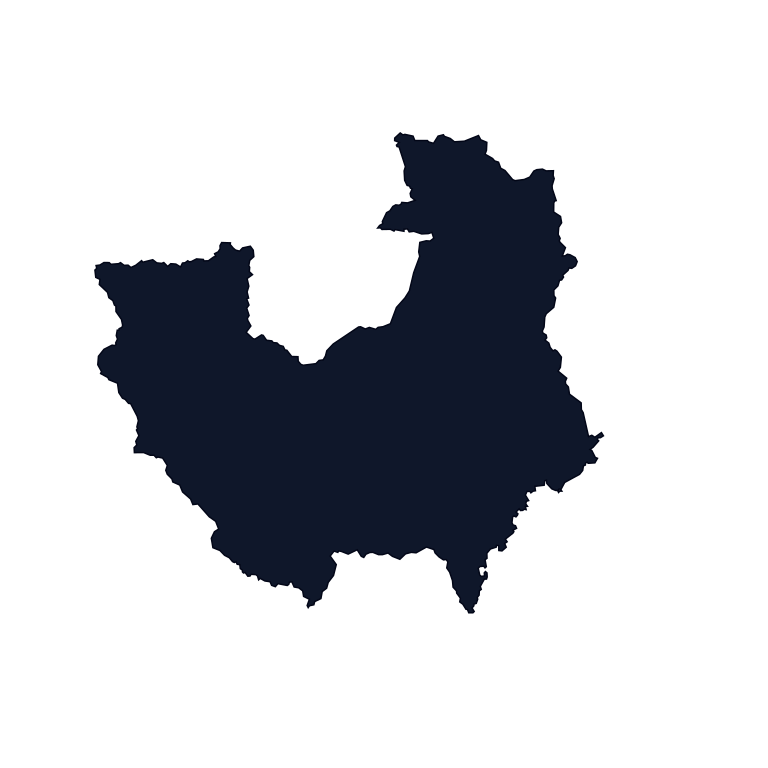 São Gabriel, Rio Grande do Sul, Brazil (Robinson projection), rotated 241°
{"feature_id": "56859067B27515042483848", "entity_name": "São Gabriel", "entity_type": "district", "adm_level": 2, "iso_a3": "BRA", "parent_name": "Brazil", "parent_adm1": "Rio Grande do Sul", "projection": "robinson", "projection_center": [-54.366, -30.336], "detail": "fine", "context": "isolated", "style": "filled", "palette": "ink", "viewbox_px": 768, "rotation_deg": 241, "n_neighbors": 0, "source": "geoboundaries", "source_scale": "gbopen_adm2", "svg_char_len": 6173}
<svg xmlns="http://www.w3.org/2000/svg" viewBox="0 0 768 768"><g transform="rotate(241 384 384)"><path d="M225.2,209.3L226.2,211.3L224.9,215.6L227.3,217.9L226.9,224.8L232.4,229.3L233.2,234.8L237.5,239.0L241.0,247.0L249.2,254.7L259.6,253.5L262.1,259.3L259.1,262.0L260.0,263.4L258.3,265.5L252.6,270.2L252.0,280.2L244.3,280.6L242.1,282.2L243.9,285.7L243.5,289.9L242.2,292.6L237.4,296.5L235.5,299.9L234.2,305.6L229.2,307.8L223.0,312.9L225.0,320.5L223.5,326.3L220.8,330.2L220.8,342.1L215.0,347.4L211.5,346.8L206.1,348.3L201.4,350.7L200.3,353.3L197.5,353.6L192.7,349.7L187.6,350.2L178.9,348.6L172.8,345.9L167.9,347.1L165.8,346.2L159.7,347.0L156.7,344.6L153.2,346.2L147.2,346.5L146.3,347.7L142.8,347.2L140.8,350.9L141.3,352.6L145.4,352.4L146.4,355.0L147.9,356.0L147.4,358.3L150.3,361.6L152.2,362.2L153.2,364.8L156.9,367.1L157.2,369.5L160.3,370.1L164.7,377.1L163.7,379.1L165.2,380.7L168.9,382.5L170.8,381.8L170.2,380.1L167.4,378.9L168.5,375.9L170.4,375.1L177.2,377.1L177.9,379.3L176.3,382.9L174.2,383.2L174.6,384.9L181.3,387.2L181.6,389.6L186.1,391.9L188.1,397.1L186.9,403.0L188.4,404.1L187.0,406.0L182.7,403.7L180.8,406.3L182.0,411.8L186.0,412.2L186.3,415.2L189.5,414.9L191.1,424.6L191.9,426.0L193.6,425.8L193.5,430.0L196.3,430.3L198.2,428.5L200.7,428.7L205.3,432.0L205.7,433.5L203.8,435.0L204.5,437.0L205.5,438.2L208.0,437.4L209.3,441.7L207.2,442.0L206.2,444.1L206.5,445.9L205.2,447.4L208.4,448.3L207.5,450.2L210.4,449.9L212.4,451.6L211.9,454.0L218.3,453.8L220.8,457.1L219.1,459.7L217.6,459.7L218.0,462.4L217.2,464.7L221.4,466.3L217.8,475.0L221.5,477.8L221.1,479.5L218.0,478.2L211.0,479.9L207.8,482.4L206.6,484.2L207.3,486.2L205.9,487.5L210.3,494.3L210.2,511.3L212.1,515.9L215.7,518.7L215.5,520.8L217.0,521.8L217.3,523.8L215.7,524.1L212.8,530.2L215.5,534.7L217.3,533.2L225.0,533.5L226.9,532.4L227.3,536.2L230.2,544.2L231.8,543.6L233.3,545.2L232.1,547.2L232.3,550.8L236.1,550.6L235.2,542.6L238.4,540.9L238.8,537.4L262.4,544.3L265.9,544.2L271.9,547.3L285.2,541.3L292.0,543.8L295.9,542.9L298.3,543.8L300.5,546.6L310.9,542.5L313.0,546.3L321.5,552.2L328.9,551.2L331.0,550.1L331.1,547.8L335.5,547.1L339.9,548.0L344.4,546.1L345.5,548.7L348.2,549.6L351.5,547.7L353.6,548.2L356.2,551.6L364.6,557.1L366.8,560.0L368.8,569.7L376.0,575.8L378.9,575.5L383.9,578.1L385.5,583.7L389.6,587.8L388.9,589.8L390.5,592.9L392.5,593.0L394.1,600.0L395.8,602.1L394.1,604.3L394.5,608.8L397.4,612.3L401.9,612.5L406.9,609.3L408.6,607.3L408.3,604.6L409.5,602.0L415.3,608.8L422.6,606.7L424.2,606.7L426.0,608.7L430.3,608.8L436.4,612.8L438.9,617.5L444.9,619.6L452.2,615.8L460.1,620.3L461.3,621.9L460.9,623.5L473.0,625.8L475.9,627.1L481.1,632.4L484.3,633.0L488.4,635.6L491.8,629.1L495.1,626.8L497.4,621.5L497.6,618.3L494.3,611.8L494.9,605.8L498.3,597.2L500.4,595.6L512.1,593.3L516.1,590.7L522.5,591.7L525.5,588.9L528.6,588.3L536.0,583.8L538.7,586.9L545.5,591.1L550.7,587.0L555.5,587.1L557.4,572.0L561.7,563.0L566.6,561.0L571.3,556.9L573.2,556.8L574.6,551.5L570.5,544.0L574.1,540.4L575.9,540.0L582.0,529.0L586.7,529.6L592.2,523.3L592.7,521.3L595.7,519.9L593.9,512.6L591.7,511.3L587.9,514.5L586.9,510.7L585.4,510.5L584.0,512.1L563.7,508.1L560.6,504.9L552.1,500.8L546.5,500.5L544.8,502.3L542.5,502.1L541.0,503.3L538.0,499.3L534.7,498.2L529.5,500.3L531.0,492.4L534.2,487.6L533.0,486.0L533.0,483.9L535.0,481.1L535.0,477.8L532.6,473.1L532.6,469.3L526.9,461.3L524.8,460.7L524.8,457.0L523.5,454.1L522.3,456.6L520.2,457.1L516.2,464.6L512.9,466.9L513.7,468.5L507.9,475.5L509.7,476.5L508.3,479.7L504.8,479.8L503.1,484.1L497.0,489.7L494.0,495.8L493.4,499.4L487.4,498.2L486.7,493.6L488.8,490.3L490.5,484.0L482.7,478.4L478.3,477.1L467.0,464.0L453.1,451.3L449.1,444.0L444.9,432.0L433.6,418.8L434.6,410.9L436.4,406.3L435.8,403.3L440.6,398.6L441.2,394.3L445.4,391.3L446.2,389.4L443.6,359.0L440.8,350.1L436.8,346.3L434.6,342.5L436.1,338.7L434.8,334.3L439.6,322.4L441.5,320.8L445.5,320.0L449.6,322.0L452.8,316.6L460.6,315.4L461.8,313.9L465.8,314.1L468.5,311.3L471.8,310.3L473.9,307.2L476.1,306.8L479.2,302.5L485.1,301.9L486.3,300.7L485.8,292.9L487.2,291.4L496.0,288.5L499.3,295.7L505.6,295.7L507.7,296.3L509.3,299.2L516.9,300.7L518.5,304.2L525.1,305.2L524.8,307.2L530.9,308.9L535.1,313.2L542.6,315.4L543.4,322.0L547.6,320.7L551.2,323.1L553.1,323.1L557.2,326.5L558.5,331.9L564.4,334.5L569.3,333.9L571.6,326.3L570.2,322.1L573.1,319.1L576.0,318.0L580.6,317.1L581.9,318.1L586.4,310.6L584.5,307.6L581.8,306.3L580.0,303.1L580.1,299.0L577.1,298.7L577.7,296.6L576.9,290.2L578.9,286.2L580.5,286.4L584.3,280.7L584.5,275.0L585.2,273.0L586.9,272.1L586.5,268.8L587.5,266.4L585.0,262.8L589.8,260.1L591.4,257.7L592.6,255.8L591.7,251.8L597.0,250.3L597.3,248.0L600.1,244.0L604.8,242.0L607.5,232.0L609.4,231.8L608.2,224.4L608.6,219.1L612.0,217.8L613.8,214.2L617.9,212.4L617.9,210.2L621.1,203.2L623.4,202.5L626.0,198.0L625.8,193.2L627.2,189.6L624.4,188.8L623.8,186.4L617.0,183.6L613.2,186.3L609.0,183.2L598.2,186.6L592.9,185.2L588.4,187.3L583.8,186.5L582.1,187.3L577.3,184.7L567.8,185.7L562.1,183.9L560.6,182.3L560.8,179.1L559.5,178.2L560.4,176.8L556.1,173.3L552.5,172.7L550.0,169.2L548.4,168.9L548.2,167.1L549.8,165.0L550.1,155.9L546.7,147.7L539.6,143.0L531.9,143.0L530.5,141.2L523.6,145.6L521.1,145.5L513.9,151.3L505.0,147.9L498.4,148.4L496.0,150.2L490.9,151.2L489.7,152.9L475.4,152.5L471.0,151.4L466.2,147.0L464.7,147.1L463.8,145.2L457.7,144.6L454.2,139.1L450.5,138.2L449.5,134.6L445.0,132.4L440.5,140.6L435.1,144.9L433.2,148.3L429.9,149.1L429.7,150.9L426.5,154.5L417.8,155.0L414.3,151.3L410.1,150.7L403.8,152.5L400.7,151.8L394.6,156.4L387.2,155.5L377.2,159.1L371.2,158.4L369.3,163.1L352.5,166.8L345.5,170.2L337.3,169.1L337.0,164.1L332.8,158.2L323.8,155.0L317.9,159.8L311.5,161.5L307.0,164.5L302.1,165.4L300.4,166.6L300.3,168.4L297.5,168.2L295.9,170.3L292.2,168.8L290.0,169.9L288.2,169.1L286.8,169.5L286.4,171.2L281.9,171.7L281.0,173.7L282.0,175.5L279.4,179.5L277.5,180.3L273.5,179.4L274.0,181.5L269.5,184.3L266.3,188.5L262.4,188.1L259.4,190.7L260.8,194.4L254.7,201.7L254.9,203.5L256.5,205.2L255.7,207.5L250.0,207.0L247.1,210.6L242.5,212.6L237.2,210.7L231.9,214.4L227.5,209.4L225.2,209.3ZM206.6,484.2L204.5,484.1L205.1,485.8L206.6,484.2ZM205.1,485.8L204.1,487.6L205.9,487.5L205.1,485.8Z" fill="#0f172a" stroke="#020617" stroke-width="1.5"/></g></svg>